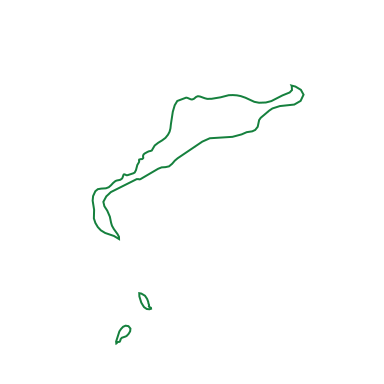 the Province of Antique, rotated 236°
{"feature_id": "PHL-2526", "entity_name": "Antique", "entity_type": "Province", "adm_level": 1, "iso_a3": "PHL", "parent_name": "Philippines", "parent_adm1": "", "projection": "mercator", "projection_center": [121.948, 11.272], "detail": "fine", "context": "isolated", "style": "outline", "palette": "green", "viewbox_px": 384, "rotation_deg": 236, "n_neighbors": 0, "source": "natural_earth", "source_scale": "10m", "svg_char_len": 2129}
<svg xmlns="http://www.w3.org/2000/svg" viewBox="0 0 384 384"><g transform="rotate(236 192 192)"><path d="M224.6,334.0L221.6,336.7L215.8,339.4L210.3,338.9L206.8,333.0L207.3,325.7L214.1,312.9L216.3,305.4L216.3,301.5L215.1,290.5L214.1,287.9L209.3,282.9L208.1,279.1L208.6,275.9L211.0,270.8L212.0,265.4L215.1,256.4L226.6,236.8L228.0,228.7L228.0,199.0L227.6,195.3L226.5,191.3L226.1,187.3L227.5,183.8L229.4,180.6L230.2,176.9L231.5,156.4L231.9,155.4L232.8,154.6L233.6,153.3L237.3,124.7L236.3,118.5L233.4,113.0L229.2,111.4L223.9,111.3L217.5,110.1L211.7,107.7L208.8,106.8L205.1,106.5L198.7,106.7L195.7,106.4L193.8,105.2L199.2,102.7L206.6,97.1L211.2,95.0L215.6,94.3L220.4,94.6L225.0,95.9L232.0,100.9L240.4,104.8L243.9,107.7L246.7,112.3L247.0,115.5L245.6,118.6L243.2,122.7L242.5,125.7L242.9,128.7L243.6,131.7L243.9,134.7L243.5,136.3L242.8,137.9L242.2,139.5L242.3,141.6L242.8,142.5L244.4,144.6L244.7,145.2L244.3,146.0L242.5,147.1L242.0,147.9L240.3,153.9L240.2,155.4L241.5,157.8L245.0,161.8L246.3,164.6L247.0,165.4L247.9,165.8L248.4,166.3L248.0,167.7L247.5,168.5L247.2,169.1L247.2,169.6L247.4,170.5L247.9,170.9L248.7,171.2L249.6,171.9L250.2,172.9L250.4,174.2L250.1,177.6L249.8,179.2L249.2,180.5L248.9,181.9L249.8,183.7L251.4,187.1L251.7,191.5L251.5,196.0L251.7,200.2L252.9,204.1L254.5,207.1L256.8,209.7L260.1,212.5L269.3,221.0L273.6,226.2L275.7,230.7L273.5,239.9L272.5,240.9L269.7,242.7L268.7,243.7L268.2,245.5L268.5,248.7L268.1,250.5L266.6,252.1L262.5,255.1L260.7,256.7L258.3,260.4L254.5,268.7L251.7,276.6L249.5,280.1L247.0,283.3L244.3,286.0L240.3,289.0L231.9,294.1L228.5,297.5L224.9,303.3L223.0,308.6L221.5,321.0L219.9,328.6L220.6,331.9L224.0,333.9L224.6,334.0ZM117.0,53.8L118.1,56.5L118.8,59.5L118.3,62.2L116.3,64.3L113.2,64.6L111.1,62.8L109.8,60.0L109.2,57.2L109.4,55.9L110.4,52.3L109.9,50.5L108.8,49.3L108.3,48.2L109.2,46.4L108.8,45.1L108.8,44.6L110.4,45.4L117.0,53.8ZM128.7,88.1L134.9,90.0L137.6,91.7L136.1,93.2L132.3,95.0L128.5,95.0L125.5,94.3L123.7,93.5L122.8,93.4L122.0,93.0L121.2,92.2L120.5,92.4L119.0,93.2L118.1,92.8L118.6,91.1L120.3,89.1L123.3,87.9L125.0,87.9L128.7,88.1Z" fill="none" stroke="#15803d" stroke-width="2"/></g></svg>